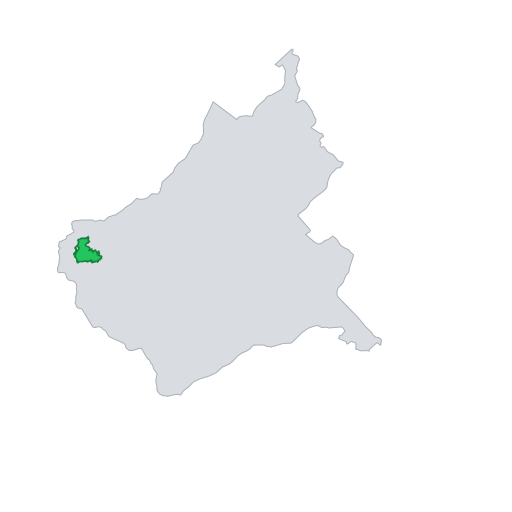 location of Watsa, Orientale, Democratic Republic of the Congo, rotated 227°
{"feature_id": "63176286B47500153281287", "entity_name": "Watsa", "entity_type": "district", "adm_level": 2, "iso_a3": "COD", "parent_name": "Democratic Republic of the Congo", "parent_adm1": "Orientale", "projection": "robinson", "projection_center": [29.312, 2.77], "detail": "fine", "context": "in_parent", "style": "filled", "palette": "green", "viewbox_px": 512, "rotation_deg": 227, "n_neighbors": 0, "source": "geoboundaries", "source_scale": "gbopen_adm2", "svg_char_len": 8691}
<svg xmlns="http://www.w3.org/2000/svg" viewBox="0 0 512 512"><g transform="rotate(227 256 256)"><path d="M398.0,329.8L368.8,335.0L369.4,336.8L369.1,338.8L368.4,340.3L365.4,344.4L361.0,348.2L361.0,349.1L363.2,353.3L364.6,359.0L364.3,369.2L364.9,371.9L364.8,374.0L363.3,376.4L360.4,388.6L362.3,394.5L368.1,400.0L371.5,404.1L377.2,405.6L378.1,405.3L378.4,401.9L382.9,400.6L382.9,422.3L382.6,423.6L381.8,423.8L380.7,423.1L380.3,421.1L379.1,420.2L373.6,422.9L372.2,422.8L370.7,422.3L369.6,421.2L369.2,419.6L365.3,413.2L363.4,412.8L361.2,407.1L352.5,402.9L349.2,402.6L347.4,401.3L345.7,396.8L342.8,394.0L342.1,390.8L341.5,390.3L339.8,391.0L338.3,396.0L336.3,397.2L332.7,397.3L323.8,395.9L317.4,393.3L315.7,393.4L313.1,391.1L312.1,387.2L312.6,384.2L312.1,383.8L302.4,386.3L300.1,387.8L297.9,387.4L297.2,386.6L298.1,384.5L297.6,382.3L296.9,381.2L294.0,380.4L293.1,378.0L291.3,377.7L290.8,378.0L290.3,379.7L289.3,380.2L283.5,379.4L277.4,381.5L269.3,381.0L265.4,383.5L264.9,383.4L264.0,382.1L263.2,378.0L263.6,376.9L264.8,376.1L265.2,374.4L264.8,370.2L265.1,369.2L264.7,366.7L263.4,362.8L261.7,359.6L258.0,354.8L257.4,352.6L257.6,347.2L258.7,338.7L258.6,332.4L257.1,328.3L256.7,323.9L257.6,315.9L256.7,314.0L238.2,313.4L237.4,312.8L237.1,311.7L237.9,307.0L226.6,308.2L223.2,309.1L221.2,311.0L220.5,313.4L220.4,316.8L218.8,320.1L218.3,325.7L215.2,326.3L212.1,326.3L206.0,325.1L200.2,326.7L197.3,328.2L195.8,327.5L190.6,328.1L189.9,327.6L183.8,316.7L181.1,313.0L180.6,311.2L180.8,309.5L180.0,307.2L177.2,301.6L176.7,298.9L176.8,294.8L176.4,293.4L173.9,289.9L172.2,288.7L170.4,288.1L140.2,288.6L130.1,287.9L122.9,288.4L119.2,288.1L118.1,287.6L114.8,288.3L113.1,289.8L110.5,290.6L108.8,290.3L105.7,286.2L109.9,285.5L110.2,285.1L110.4,275.3L109.3,273.9L111.6,272.2L115.2,267.9L118.8,266.4L119.3,265.5L120.1,265.5L121.4,267.4L124.5,269.7L128.3,267.6L128.7,267.1L129.2,262.9L130.2,262.5L131.8,263.4L132.8,263.4L134.4,262.2L139.3,260.1L140.8,262.8L139.5,265.2L140.1,266.9L140.2,269.6L141.0,270.2L144.9,270.5L146.0,269.9L153.7,260.2L155.7,259.1L158.9,255.3L163.2,253.6L165.1,250.6L167.5,245.1L168.6,237.4L168.2,223.9L168.5,222.1L173.6,216.1L179.0,205.1L182.6,202.2L185.3,201.1L189.4,197.0L192.7,193.0L192.2,188.1L193.0,184.1L194.8,179.0L195.4,173.6L194.8,167.9L195.1,163.2L197.6,155.7L197.8,147.2L200.1,140.0L204.5,130.9L206.6,124.1L206.2,117.4L206.8,112.4L206.6,109.5L205.8,107.0L206.2,105.4L207.9,104.8L209.9,102.3L213.7,95.7L217.7,92.5L220.5,91.5L223.5,91.6L225.4,92.1L228.4,94.7L232.0,96.8L234.6,99.4L237.2,103.3L243.5,104.2L246.1,105.7L247.8,106.2L248.4,105.8L249.7,106.1L252.6,107.2L255.0,106.6L266.6,109.2L267.9,107.9L271.2,101.0L273.6,98.7L277.6,98.4L280.7,99.8L282.3,99.8L296.6,93.8L298.4,93.6L303.6,95.0L307.0,94.0L308.3,94.3L311.2,93.3L313.6,89.2L315.6,88.2L336.1,92.6L339.2,90.4L340.7,90.2L345.2,91.8L346.6,94.3L349.3,96.5L351.3,100.1L354.3,102.1L355.9,104.0L357.7,105.4L361.4,105.8L366.1,102.6L369.5,102.9L372.8,104.7L374.0,104.6L376.5,102.7L377.8,100.7L379.1,100.2L381.1,101.1L382.7,103.0L384.2,105.8L389.3,111.9L394.2,114.6L395.5,118.3L397.3,118.0L398.2,118.3L399.4,120.7L400.3,121.2L400.5,122.2L399.3,124.5L398.1,128.8L399.6,131.4L398.4,135.3L397.7,139.3L399.3,140.2L401.4,140.2L403.3,142.2L404.8,142.6L406.3,144.8L406.0,146.6L401.1,153.1L393.8,161.0L391.3,162.0L390.0,163.5L389.1,165.8L387.0,167.7L385.3,168.5L385.2,174.3L382.7,180.2L381.8,181.4L380.4,191.1L380.7,192.8L379.3,200.7L379.5,208.0L376.0,210.3L373.5,213.9L372.5,216.5L372.5,222.4L368.5,226.1L368.2,226.9L369.2,231.2L370.6,231.8L370.7,233.3L374.0,237.8L373.8,251.8L373.9,253.1L375.7,256.4L376.8,262.8L375.5,270.8L380.0,285.5L378.0,291.0L379.0,296.1L381.6,301.5L387.9,306.9L389.5,309.1L391.1,312.0L392.6,316.6L398.0,329.8Z" fill="#d9dde1" stroke="#a8b0b8" stroke-width="1"/><path d="M389.1,136.9L388.6,136.9L388.5,136.6L388.5,136.3L388.5,136.1L387.5,136.3L387.2,136.2L386.9,135.1L386.2,134.5L386.0,134.4L385.9,133.7L385.4,133.6L385.3,133.4L385.4,133.2L385.5,133.0L385.7,132.6L385.7,132.2L385.6,131.9L384.5,131.9L383.5,132.2L383.3,132.2L382.9,132.4L382.6,132.2L382.4,131.9L382.3,131.6L382.0,131.0L382.0,130.9L381.9,130.7L381.8,130.3L381.8,130.0L381.9,129.8L381.8,129.6L381.7,129.4L381.5,129.0L381.3,128.8L381.2,128.7L381.0,128.4L381.2,128.1L381.6,128.2L381.9,128.2L382.1,128.3L382.3,128.2L382.4,128.3L382.6,128.3L383.0,128.8L383.3,129.1L383.5,129.2L384.0,129.2L384.1,129.4L384.4,129.4L384.5,129.4L384.6,129.6L384.8,129.8L385.0,129.8L385.1,130.0L385.4,130.0L385.5,130.4L385.7,130.2L385.4,129.1L384.0,128.8L383.5,128.6L382.4,127.5L382.2,127.0L381.9,126.8L381.5,126.9L381.2,127.1L380.9,126.7L381.0,126.4L381.2,126.1L381.3,126.0L381.1,125.7L381.5,125.6L381.8,126.0L382.0,125.7L382.2,125.4L382.2,125.0L382.0,124.9L381.9,124.8L381.8,124.7L381.7,124.6L381.5,124.4L381.7,124.1L381.6,123.9L381.4,123.8L381.3,123.7L381.2,123.7L381.2,123.9L381.0,124.0L380.9,124.1L380.7,124.2L380.7,124.3L380.8,124.4L381.0,124.5L380.9,124.5L381.0,124.7L380.8,124.7L380.7,124.5L380.4,124.8L380.4,124.6L380.2,124.4L380.0,124.6L379.8,124.5L379.6,124.1L379.4,124.0L379.5,123.8L379.5,123.6L379.3,123.2L379.2,123.2L379.2,123.3L379.1,123.1L379.0,123.3L378.9,123.4L378.7,123.4L378.6,123.2L377.7,123.2L377.2,122.9L376.7,123.1L376.3,122.8L376.0,122.7L375.8,122.6L375.4,122.5L375.3,122.2L375.1,122.2L374.9,121.8L374.6,121.6L374.5,121.4L374.4,121.4L374.3,121.6L374.1,121.5L373.9,121.6L373.8,121.8L373.7,121.6L373.4,121.5L373.4,121.3L373.3,121.1L373.1,121.1L372.9,120.9L372.7,121.1L372.3,121.5L372.4,121.9L372.5,122.0L372.5,122.4L372.4,122.5L372.4,122.8L371.1,124.5L370.8,124.9L370.2,125.1L370.0,125.3L369.8,125.7L369.8,126.2L369.7,126.5L369.5,126.8L369.3,127.0L369.1,127.3L368.9,127.4L368.7,127.4L368.5,127.5L368.5,128.1L368.5,128.3L368.3,128.3L368.1,128.6L368.0,128.8L367.3,128.7L367.2,128.6L366.7,128.6L366.4,129.0L366.5,129.3L366.4,129.5L366.5,129.9L366.4,130.1L366.2,130.5L365.9,130.7L365.8,130.9L365.7,131.0L365.8,131.2L365.6,131.2L365.6,131.5L365.8,131.7L365.8,132.0L365.7,132.2L365.4,132.2L365.4,132.4L365.2,132.3L365.2,132.2L364.9,131.8L364.7,132.1L364.3,132.0L364.1,132.0L364.2,132.3L363.9,132.4L363.9,132.5L363.8,132.8L363.6,132.9L363.6,133.1L363.5,132.9L363.5,132.5L363.6,132.3L363.4,132.1L363.4,131.9L363.3,131.5L363.0,131.7L362.9,131.7L363.0,132.0L363.1,132.4L363.1,132.5L362.8,132.6L362.7,132.7L362.5,132.8L362.6,133.1L362.6,133.9L361.6,133.9L361.4,134.1L361.4,135.1L361.3,135.3L360.4,135.9L359.9,135.9L360.0,136.4L359.9,136.5L359.7,136.5L359.5,136.9L359.6,137.1L359.9,137.0L360.0,137.3L360.5,137.4L360.5,137.7L360.4,138.0L360.2,138.7L359.9,139.1L360.2,139.1L360.4,139.1L360.4,139.3L360.1,139.9L360.1,140.2L360.2,140.4L360.1,140.9L360.3,141.1L360.4,141.3L359.9,141.3L359.7,141.4L360.1,141.7L360.6,142.1L360.9,142.9L361.1,142.9L363.8,141.4L363.9,141.6L363.9,141.8L364.1,142.1L364.2,142.6L364.3,142.6L364.5,142.7L364.7,143.1L364.8,143.0L365.2,143.2L365.4,143.3L365.6,143.4L365.6,143.5L365.9,143.6L366.0,143.8L366.3,143.7L366.5,143.9L366.7,144.2L366.9,143.9L366.8,143.7L366.9,143.3L366.8,143.2L366.6,142.7L366.5,142.4L366.3,142.3L366.3,142.1L366.0,141.9L365.9,141.6L365.8,141.4L366.4,141.8L366.5,142.0L366.7,141.9L366.9,142.0L367.0,142.0L367.2,141.9L368.2,142.2L369.9,142.6L370.1,142.3L370.1,142.2L370.2,141.6L370.4,141.3L370.4,141.2L370.4,140.9L370.2,140.7L370.2,140.4L369.9,139.9L369.9,139.7L370.1,139.9L370.3,140.1L370.5,140.0L370.7,139.9L370.9,140.3L371.1,140.2L371.0,139.9L371.6,139.6L371.9,139.8L371.8,139.5L371.9,139.3L372.2,139.4L372.3,139.3L372.4,139.2L372.5,139.3L372.8,139.4L373.2,140.2L373.4,139.6L373.6,139.5L373.6,139.2L373.6,137.9L374.0,137.7L374.1,138.0L374.5,138.6L374.6,138.9L374.7,139.1L374.7,139.5L374.9,139.5L375.1,139.6L375.2,139.8L375.3,139.9L375.6,140.0L376.2,139.9L376.6,139.8L376.9,139.8L377.0,139.8L377.1,139.6L377.4,139.6L377.6,139.3L378.0,139.2L378.4,138.8L378.8,138.8L379.1,138.6L379.5,138.5L380.2,138.6L380.4,138.6L380.4,138.9L380.7,139.8L380.6,140.4L380.5,140.7L380.6,141.4L380.5,141.6L380.6,141.8L380.8,142.0L380.9,142.3L380.6,142.6L380.0,142.3L380.0,142.5L380.2,143.6L380.1,144.0L380.3,144.1L380.8,144.0L380.9,143.9L381.1,143.9L381.2,144.0L381.3,143.9L381.7,144.0L382.0,144.3L382.5,144.7L382.6,144.8L382.7,145.1L382.8,145.2L382.8,145.4L383.0,145.6L383.2,145.8L383.6,145.9L383.7,146.0L383.9,146.0L384.1,146.0L384.4,146.2L384.6,146.4L384.7,146.1L384.6,145.8L384.7,145.6L384.7,145.4L384.3,145.2L384.2,145.3L384.2,144.9L384.0,144.7L383.9,144.7L384.2,144.1L384.2,144.3L384.3,144.1L384.7,144.0L384.8,144.1L385.1,142.9L385.3,142.7L385.7,143.0L385.8,142.9L385.8,143.0L386.0,142.7L386.2,142.4L386.2,142.5L386.4,142.4L386.6,142.3L386.7,141.8L386.9,141.5L387.1,140.9L387.3,141.0L387.8,140.8L388.0,140.8L388.3,138.8L388.5,138.4L388.6,138.2L389.2,137.5L389.3,137.2L389.1,136.9Z" fill="#22c55e" stroke="#15803d" stroke-width="1.5"/></g></svg>